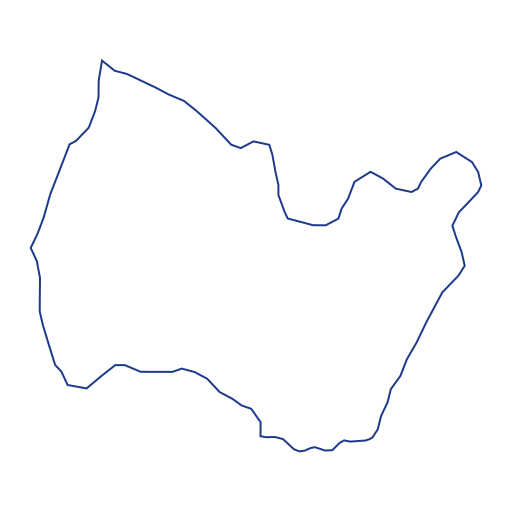 Phyonggang, Kangwŏn-do, North Korea
{"feature_id": "82179303B58088097152813", "entity_name": "Phyonggang", "entity_type": "district", "adm_level": 2, "iso_a3": "PRK", "parent_name": "North Korea", "parent_adm1": "Kangwŏn-do", "projection": "mercator", "projection_center": [127.257, 38.47], "detail": "fine", "context": "isolated", "style": "outline", "palette": "blue", "viewbox_px": 512, "rotation_deg": 0, "n_neighbors": 0, "source": "geoboundaries", "source_scale": "gbopen_adm2", "svg_char_len": 1490}
<svg xmlns="http://www.w3.org/2000/svg" viewBox="0 0 512 512"><path d="M260.5,436.2L263.7,436.8L265.8,437.2L274.9,437.0L283.0,439.1L293.9,449.2L298.0,450.8L299.5,451.4L302.9,450.9L305.2,450.5L306.2,450.0L310.4,448.1L313.2,447.5L314.9,447.2L325.0,450.5L330.4,450.3L332.3,450.2L337.6,444.9L339.7,442.8L344.1,440.4L350.2,441.6L358.5,441.0L365.6,440.5L369.9,439.0L372.6,437.3L377.8,429.2L381.1,415.9L387.5,402.5L390.8,389.2L400.4,375.9L406.9,359.2L416.6,342.5L426.2,322.5L442.3,292.4L458.3,275.8L464.7,265.8L461.7,252.4L455.5,235.6L452.4,225.6L458.9,212.2L465.3,205.6L478.0,192.2L481.3,185.5L478.2,172.1L472.0,162.1L456.2,152.0L440.3,158.6L430.7,168.7L421.1,182.0L417.9,188.7L411.5,192.0L395.7,188.6L383.1,178.6L370.5,171.8L354.5,181.8L348.1,198.6L341.6,208.6L338.4,218.6L325.6,225.3L313.0,225.2L300.3,221.8L287.7,218.5L284.6,211.8L278.4,195.0L278.4,185.0L275.4,171.6L272.4,154.8L269.3,144.8L253.5,141.4L240.7,148.1L231.2,144.7L215.5,127.9L196.7,111.1L184.1,101.0L168.3,94.3L155.7,87.6L127.3,74.1L114.6,70.7L102.0,60.6L98.7,80.7L98.5,97.5L95.2,110.8L88.8,127.6L76.0,140.9L69.6,144.3L56.7,177.7L50.2,194.4L43.6,217.8L37.2,234.5L30.7,247.9L32.9,252.6L36.9,261.3L40.0,278.0L39.8,298.1L39.7,311.4L42.8,324.8L48.9,344.9L55.1,364.9L61.4,371.6L67.6,385.0L86.6,388.4L102.5,375.1L115.3,365.1L124.8,365.1L140.6,371.8L156.4,371.9L172.3,371.9L181.8,368.6L194.5,372.0L207.1,378.7L219.7,392.1L232.3,398.8L241.7,405.5L251.2,408.8L260.6,422.2L260.5,436.2Z" fill="none" stroke="#1e3a8a" stroke-width="2"/></svg>